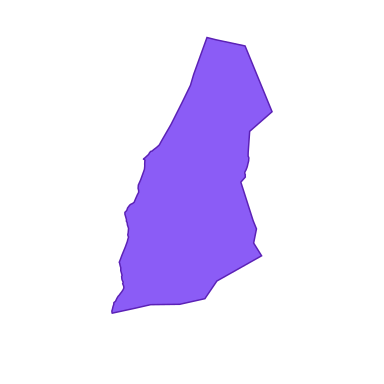 the district of Tu'rgen, Uvs, Mongolia, rotated 313°
{"feature_id": "93677404B55143611741372", "entity_name": "Tu'rgen", "entity_type": "district", "adm_level": 2, "iso_a3": "MNG", "parent_name": "Mongolia", "parent_adm1": "Uvs", "projection": "mercator", "projection_center": [91.364, 50.028], "detail": "fine", "context": "isolated", "style": "filled", "palette": "violet", "viewbox_px": 384, "rotation_deg": 313, "n_neighbors": 0, "source": "geoboundaries", "source_scale": "gbopen_adm2", "svg_char_len": 1837}
<svg xmlns="http://www.w3.org/2000/svg" viewBox="0 0 384 384"><g transform="rotate(313 192 192)"><path d="M192.8,286.4L196.7,271.9L209.0,264.3L212.7,256.3L232.5,221.0L239.3,220.8L239.9,220.1L240.3,219.7L240.9,219.3L241.4,218.3L241.9,217.6L242.8,217.0L243.9,216.7L245.2,216.4L246.1,216.0L247.4,215.5L248.8,214.8L250.5,213.8L253.4,212.2L254.6,211.2L255.4,210.6L256.0,209.9L256.5,208.6L257.9,207.3L259.5,205.9L275.7,192.8L305.3,195.8L335.0,131.2L319.8,105.9L315.2,97.6L279.2,113.0L269.0,118.1L251.1,123.6L227.1,130.6L207.6,135.1L204.6,135.9L203.5,136.0L199.8,135.6L197.5,135.2L196.1,135.0L195.1,134.9L194.4,134.7L193.3,134.0L192.6,134.2L191.6,134.2L190.9,134.4L190.0,134.6L189.0,134.6L188.1,134.5L186.9,134.4L185.2,134.3L184.4,134.2L183.9,134.1L183.6,134.0L183.3,134.0L183.0,134.1L183.0,134.4L183.1,134.6L183.3,134.7L183.3,134.9L183.3,135.3L183.1,135.8L183.1,136.0L182.1,136.7L180.2,138.3L178.8,139.7L176.2,141.7L174.2,142.6L168.8,144.9L165.5,146.3L160.5,148.0L157.9,150.1L156.8,151.8L155.4,153.2L152.8,153.9L148.2,155.5L145.0,156.7L142.9,156.3L141.6,155.7L140.2,155.4L138.8,155.5L136.3,155.8L134.7,156.6L133.3,156.9L131.4,156.8L130.0,158.1L128.2,161.1L127.1,162.9L125.9,163.9L125.4,165.4L123.8,167.3L122.2,170.3L120.2,171.9L118.7,173.1L116.9,174.2L116.2,175.3L115.8,176.3L113.3,177.5L111.8,178.4L106.4,180.7L97.9,183.9L93.6,185.7L91.0,186.7L90.6,187.6L89.2,189.6L88.0,191.6L85.9,193.5L84.3,196.2L83.3,197.8L82.4,198.0L81.1,199.4L80.1,200.7L79.2,202.9L78.6,203.5L77.7,203.8L77.1,205.0L76.8,205.8L75.8,207.2L74.7,207.9L73.2,208.3L71.6,208.6L70.0,208.8L69.3,208.8L67.2,209.1L65.3,209.1L63.0,209.6L61.1,210.2L59.9,210.6L57.9,210.3L56.3,211.5L54.3,212.4L51.9,213.8L50.4,214.5L49.6,215.3L49.0,216.3L67.7,229.3L81.4,238.6L101.5,259.6L122.8,274.2L125.1,273.8L143.9,270.9L192.8,286.4Z" fill="#8b5cf6" stroke="#5b21b6" stroke-width="1.5"/></g></svg>